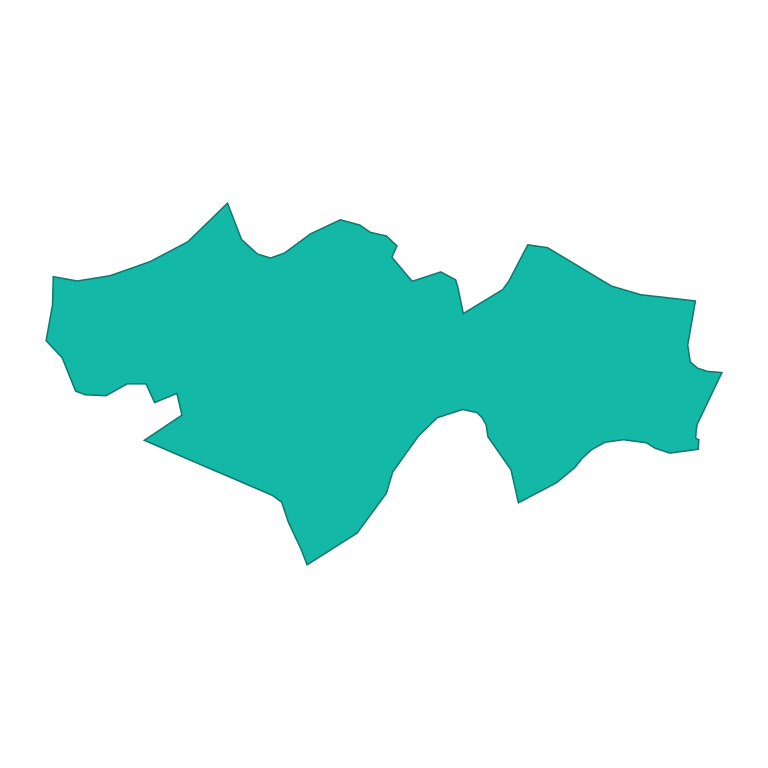 Krustpils, Albers equal-area conic projection
{"feature_id": "LVA-5726", "entity_name": "Krustpils", "entity_type": "Municipality", "adm_level": 1, "iso_a3": "LVA", "parent_name": "Latvia", "parent_adm1": "", "projection": "albers", "projection_center": [26.222, 56.536], "detail": "fine", "context": "isolated", "style": "filled", "palette": "teal", "viewbox_px": 768, "rotation_deg": 0, "n_neighbors": 0, "source": "natural_earth", "source_scale": "10m", "svg_char_len": 1085}
<svg xmlns="http://www.w3.org/2000/svg" viewBox="0 0 768 768"><path d="M518.4,502.8L511.0,469.8L488.0,436.9L486.1,424.8L482.1,417.7L477.1,412.6L462.7,409.5L437.2,417.7L418.4,436.1L392.7,472.0L386.4,493.2L357.2,533.0L307.1,564.8L300.9,548.8L288.4,522.3L281.6,502.1L272.4,495.4L182.0,456.6L144.3,440.3L181.9,415.1L176.9,393.4L154.6,402.6L146.1,383.9L127.3,383.8L106.0,395.7L85.4,394.8L75.6,391.1L62.2,357.8L46.1,340.7L52.5,304.9L53.3,276.7L77.3,281.0L110.1,275.7L150.3,261.5L187.8,241.8L227.5,203.2L241.5,239.4L257.4,254.0L270.5,258.0L284.4,253.1L310.6,233.8L340.4,219.8L359.9,225.1L370.2,232.3L386.4,236.0L397.0,245.9L391.9,257.2L412.1,281.3L440.8,271.9L455.6,279.8L457.8,286.9L463.3,313.5L502.7,289.6L508.9,281.0L527.8,244.8L547.6,247.7L611.5,286.1L640.7,294.7L695.4,301.0L687.7,345.2L690.3,362.0L697.4,368.1L707.1,371.3L721.9,372.6L697.1,424.5L696.1,431.4L695.7,438.4L698.9,439.8L698.7,441.3L698.2,449.3L669.9,453.1L655.2,448.3L646.4,442.8L623.2,439.7L604.9,442.3L591.7,449.6L582.2,458.3L574.7,467.7L556.7,482.6L518.4,502.8Z" fill="#14b8a6" stroke="#0f766e" stroke-width="1.5"/></svg>